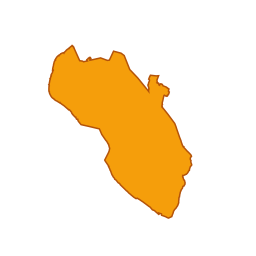 Hof van Twente, Overijssel, Netherlands (Robinson projection), rotated 243°
{"feature_id": "6326949B30942304691206", "entity_name": "Hof van Twente", "entity_type": "district", "adm_level": 2, "iso_a3": "NLD", "parent_name": "Netherlands", "parent_adm1": "Overijssel", "projection": "robinson", "projection_center": [6.584, 52.236], "detail": "fine", "context": "isolated", "style": "filled", "palette": "amber", "viewbox_px": 256, "rotation_deg": 243, "n_neighbors": 0, "source": "geoboundaries", "source_scale": "gbopen_adm2", "svg_char_len": 5500}
<svg xmlns="http://www.w3.org/2000/svg" viewBox="0 0 256 256"><g transform="rotate(243 128 128)"><path d="M152.3,87.7L147.5,93.5L140.2,102.1L134.2,101.7L127.3,102.6L125.7,103.0L122.6,103.1L122.5,103.3L119.3,102.6L118.3,102.5L116.1,100.8L114.9,99.4L110.0,92.7L108.8,92.7L102.7,93.5L102.7,93.2L99.3,93.1L98.8,92.9L97.6,93.0L96.8,92.9L95.5,92.7L93.5,92.5L92.1,92.7L91.6,92.6L91.2,92.6L90.9,92.7L90.2,92.9L89.1,93.1L88.5,92.9L88.1,93.1L87.5,93.5L86.6,93.8L84.6,94.2L83.4,94.5L82.6,95.2L81.0,95.5L80.9,95.4L75.3,97.3L72.5,98.2L72.3,98.5L69.7,99.2L68.3,99.8L67.7,100.2L67.0,100.3L65.5,101.0L65.2,101.2L64.9,101.2L64.7,101.4L64.0,101.6L61.4,103.1L61.3,104.3L58.6,106.0L56.7,107.0L55.9,107.5L48.4,111.2L47.7,111.7L44.0,112.6L42.5,114.0L41.3,114.5L41.2,114.5L37.0,116.2L37.0,116.4L37.3,116.5L38.3,116.8L36.9,118.2L36.3,118.8L35.0,118.3L34.3,119.0L31.8,121.3L30.2,122.4L29.3,123.3L29.3,124.4L29.2,126.5L29.3,126.5L29.4,127.0L29.6,127.2L30.4,128.0L31.4,129.2L33.2,130.9L34.2,132.6L34.8,134.4L35.0,134.7L35.2,135.1L35.7,135.8L36.1,136.7L36.4,137.1L37.9,138.7L38.3,139.2L38.9,139.5L39.4,139.7L40.6,140.5L41.1,140.7L41.3,141.0L41.5,141.1L41.7,141.3L42.1,141.3L42.8,141.8L43.1,142.1L43.2,142.6L43.4,142.7L44.1,143.1L44.4,143.4L45.2,143.9L46.4,145.0L46.9,145.3L47.8,146.4L48.3,146.8L48.5,147.3L48.9,147.5L49.0,147.8L49.1,148.0L49.3,148.6L49.6,149.1L50.1,149.6L50.8,150.1L51.1,150.8L50.9,151.5L51.5,152.2L51.8,153.0L52.8,153.6L53.0,153.9L53.2,154.0L53.9,154.1L54.3,154.2L55.2,154.5L55.6,154.4L56.0,154.5L56.3,154.2L56.6,154.2L57.8,154.3L58.5,154.6L59.2,154.4L59.6,154.6L59.9,154.6L60.0,154.9L60.9,155.2L60.8,155.4L60.6,155.6L60.4,156.0L60.5,156.8L60.5,157.1L60.4,157.5L60.5,157.7L60.4,158.0L60.5,158.4L60.3,158.9L60.5,159.5L60.6,159.9L60.7,160.2L60.8,160.4L61.3,161.4L62.0,162.2L62.4,163.5L62.8,163.8L63.2,163.9L64.3,165.0L64.7,165.4L65.1,165.8L66.1,168.0L66.8,168.2L68.5,168.4L69.4,168.6L69.9,169.0L70.2,169.3L70.3,169.3L71.6,169.2L72.3,169.6L72.9,169.8L73.6,170.9L73.8,171.1L73.8,171.6L74.4,171.8L75.7,171.8L78.7,170.9L81.0,170.1L81.5,170.0L85.1,169.0L86.1,168.7L86.5,168.7L86.5,168.8L86.6,168.7L88.7,168.7L88.8,168.8L91.4,169.1L92.6,169.4L96.0,169.7L105.4,171.0L107.0,171.3L110.8,171.7L122.1,169.8L129.9,168.2L130.3,168.0L130.9,168.0L131.1,167.8L131.4,167.8L131.6,167.9L132.1,168.2L131.8,168.3L132.2,168.4L132.4,168.4L133.2,169.1L133.2,169.3L133.3,169.4L133.6,169.3L134.2,169.6L134.3,169.7L134.7,169.8L135.7,170.6L136.3,171.2L138.2,172.7L140.7,174.8L140.7,175.3L140.0,175.7L139.5,176.0L139.1,176.6L138.9,176.6L138.8,177.4L138.9,177.6L139.0,177.7L138.7,177.8L139.2,178.6L140.0,179.6L139.9,179.9L140.0,180.0L140.6,180.4L141.0,180.8L141.3,181.1L142.5,180.7L143.3,181.5L143.6,181.7L144.2,182.2L145.2,181.6L145.2,181.4L145.7,181.2L145.7,181.4L146.1,181.2L147.1,180.7L148.0,179.9L149.8,178.3L150.9,178.4L151.2,178.3L151.7,178.1L151.7,177.8L152.1,177.7L152.3,177.4L152.2,177.4L152.2,177.1L152.3,176.9L152.5,176.6L152.5,176.3L152.6,176.0L152.4,175.8L151.8,175.5L152.2,175.2L152.7,175.5L152.9,175.5L153.1,175.3L154.1,175.6L154.4,175.3L155.0,174.9L154.8,174.5L155.0,174.4L155.0,174.5L155.3,174.8L155.9,175.0L156.4,175.1L157.5,175.5L160.7,179.0L161.6,176.8L164.8,172.0L164.2,171.2L164.3,171.2L163.8,170.5L162.1,168.6L161.3,169.0L160.8,168.8L160.3,168.5L159.8,168.0L159.6,167.7L159.4,167.3L158.9,167.0L158.7,166.6L157.8,166.1L157.5,165.8L157.3,165.2L156.6,165.2L156.3,165.0L155.0,164.9L153.7,164.6L153.3,164.4L153.2,164.3L153.3,164.2L152.6,163.8L152.6,163.7L152.2,163.4L151.9,163.2L151.3,163.0L168.2,159.4L179.3,156.1L194.3,157.5L197.8,155.8L203.0,150.0L196.9,142.2L197.6,140.3L202.9,135.4L205.3,126.0L205.4,125.9L205.4,125.7L205.8,124.2L205.9,124.7L206.1,125.1L206.8,125.6L206.6,126.0L206.6,126.3L206.7,126.5L207.2,126.5L208.0,126.4L208.1,125.8L208.4,125.6L208.2,125.2L207.9,124.8L208.2,124.4L208.1,124.1L207.8,123.6L207.5,122.2L207.4,122.1L206.2,122.3L207.2,118.5L208.3,117.8L208.5,117.5L209.9,115.5L222.1,116.1L223.2,116.2L224.0,116.1L224.3,116.3L224.4,116.1L225.2,116.2L225.9,116.1L226.8,115.7L226.4,115.2L226.7,115.0L226.0,111.8L225.7,111.7L225.9,111.4L225.6,110.0L225.5,109.9L225.6,109.6L225.4,108.8L225.2,108.1L224.7,107.1L224.6,106.7L224.5,106.1L224.4,105.7L223.8,104.9L224.3,104.8L224.7,103.3L224.6,102.7L224.2,102.5L224.3,102.5L224.7,101.8L224.5,101.5L224.2,100.1L224.3,99.6L224.2,99.5L224.3,99.5L224.2,99.5L224.1,98.7L223.9,97.8L223.4,96.5L223.3,96.4L222.5,95.0L222.1,94.5L222.0,94.1L221.7,93.9L221.4,94.1L220.9,92.8L220.3,92.2L218.2,90.4L217.8,90.1L217.7,90.0L217.8,90.0L217.5,89.9L216.7,89.2L215.0,87.8L214.6,87.6L213.9,87.7L213.8,87.1L213.1,87.3L213.1,86.8L213.1,86.7L212.2,86.3L212.0,86.1L211.3,85.3L210.8,84.3L210.6,84.2L210.5,83.9L210.1,83.5L210.0,83.4L209.7,83.2L209.4,83.3L209.3,83.0L209.1,82.8L208.8,82.8L208.6,82.4L208.4,82.1L207.8,81.6L206.9,81.0L207.0,80.8L206.9,80.8L206.8,80.7L205.8,79.9L202.8,77.6L202.7,77.5L202.3,77.4L202.4,77.2L202.1,77.2L201.5,76.8L201.3,76.8L201.3,76.7L199.2,75.5L199.0,75.4L198.6,75.2L197.5,74.6L196.9,74.4L196.4,74.5L196.3,74.2L196.0,74.2L194.2,73.8L193.1,73.8L191.9,73.8L190.6,73.9L189.4,74.2L188.7,74.5L188.3,74.7L188.2,74.9L187.2,75.2L187.0,75.4L186.8,75.3L185.4,76.0L184.2,76.9L184.0,77.1L182.8,77.7L181.8,78.4L181.7,78.4L181.2,78.7L181.3,78.9L181.2,78.9L178.9,80.0L176.9,81.1L172.9,82.7L172.8,82.8L172.7,82.8L172.3,82.9L172.2,83.1L171.1,83.3L170.8,84.1L167.8,84.8L166.9,84.6L164.9,85.0L164.9,84.9L161.8,85.8L161.4,86.4L160.9,86.2L160.0,86.2L159.8,86.1L159.2,86.2L158.6,87.2L157.9,86.9L156.5,86.8L152.3,87.7Z" fill="#f59e0b" stroke="#b45309" stroke-width="1.5"/></g></svg>